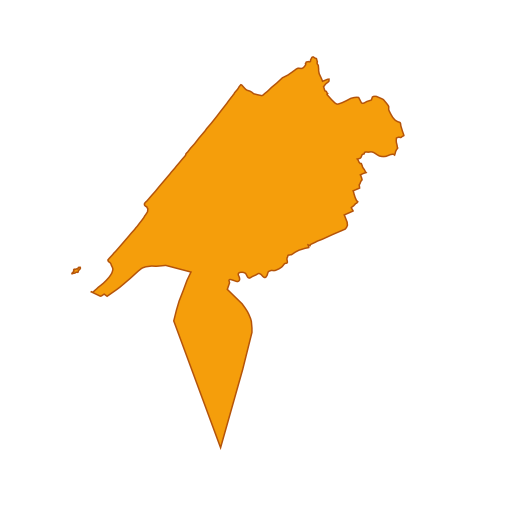 outline of Mueang Songkhla, Songkhla, Thailand, rotated 251°
{"feature_id": "78962969B11995131192654", "entity_name": "Mueang Songkhla", "entity_type": "district", "adm_level": 2, "iso_a3": "THA", "parent_name": "Thailand", "parent_adm1": "Songkhla", "projection": "mercator", "projection_center": [100.614, 7.127], "detail": "fine", "context": "isolated", "style": "filled", "palette": "amber", "viewbox_px": 512, "rotation_deg": 251, "n_neighbors": 0, "source": "geoboundaries", "source_scale": "gbopen_adm2", "svg_char_len": 6042}
<svg xmlns="http://www.w3.org/2000/svg" viewBox="0 0 512 512"><g transform="rotate(251 256 256)"><path d="M422.9,297.4L421.5,295.1L420.5,294.0L419.6,292.8L417.4,289.0L416.2,287.7L415.4,286.3L414.8,285.6L414.4,284.8L411.2,280.0L409.8,278.1L404.5,269.9L400.7,264.2L396.3,257.3L392.5,250.8L390.8,248.5L386.1,240.5L382.0,234.3L379.3,229.3L376.3,224.8L376.1,224.1L375.6,223.4L375.5,223.1L374.3,222.3L373.5,221.2L371.4,217.5L368.7,213.1L366.9,210.0L365.4,207.7L362.8,203.1L361.7,201.5L353.0,186.8L350.0,182.0L347.6,177.7L343.4,170.5L343.0,169.4L342.0,167.7L341.6,167.6L340.9,167.2L340.3,167.2L339.3,167.6L338.9,167.8L338.7,168.0L338.4,168.5L338.2,168.7L337.1,168.7L336.2,169.1L335.3,168.9L334.4,168.4L333.7,168.2L332.9,167.6L330.8,164.9L330.1,163.8L328.8,162.4L327.8,160.9L326.6,159.2L324.9,156.5L322.7,153.3L321.8,151.6L320.5,149.7L318.1,145.3L316.2,142.2L308.9,129.7L306.1,124.8L304.8,122.1L304.2,121.4L301.5,116.3L300.4,114.6L299.9,114.8L299.0,114.6L298.3,115.0L297.5,115.7L296.3,116.1L295.3,116.3L294.5,116.2L292.3,116.5L290.8,116.5L290.2,116.4L289.2,115.9L287.5,114.7L286.5,113.8L285.2,112.2L283.7,110.1L281.7,106.5L279.9,102.7L277.7,96.5L276.7,94.4L276.2,93.0L274.8,89.8L275.8,88.8L275.7,88.6L268.7,95.7L268.6,96.4L268.6,97.0L269.4,100.0L266.4,102.1L269.5,113.0L270.8,117.1L275.7,129.6L280.1,139.8L281.3,143.1L281.7,144.8L281.7,148.2L280.5,154.1L278.8,158.2L276.5,167.6L262.0,189.3L255.4,182.8L247.2,176.1L238.5,168.7L230.8,163.2L221.4,157.1L86.3,160.1L153.1,206.5L185.1,227.3L189.2,228.7L195.6,230.3L198.4,230.5L203.3,230.2L206.2,229.8L209.9,228.9L215.3,227.3L233.8,218.0L239.3,222.3L241.4,222.4L241.9,222.6L242.2,223.1L242.3,223.3L242.1,224.2L241.8,224.7L240.5,226.5L238.3,229.3L237.8,230.3L237.9,231.2L238.1,231.9L238.5,232.4L239.2,232.9L239.9,233.1L241.2,233.3L243.7,233.1L244.6,233.3L245.0,233.5L245.4,234.0L245.7,234.9L245.6,236.0L245.4,236.8L244.8,238.4L244.3,239.1L243.4,240.1L242.7,240.5L242.0,240.7L239.3,241.1L238.6,241.3L238.1,241.6L237.5,242.2L237.2,242.8L237.3,243.7L237.8,245.9L238.1,249.8L238.6,252.0L238.6,252.6L238.5,253.1L238.1,253.7L237.4,254.4L236.4,255.0L234.5,255.8L233.4,256.5L232.9,257.0L232.7,257.7L232.7,258.2L233.1,258.9L234.0,260.0L234.5,260.5L236.5,261.9L236.9,262.3L237.2,262.8L237.4,263.9L237.4,265.7L237.2,266.3L236.4,268.0L236.1,269.2L236.1,270.2L236.4,273.7L237.1,276.4L237.5,277.4L239.4,280.4L239.5,281.3L239.3,282.2L239.3,283.0L239.5,283.3L239.8,283.6L240.4,283.8L241.0,283.9L242.5,284.1L243.4,284.4L244.3,284.9L244.6,285.2L244.9,285.7L245.8,286.1L246.3,286.7L246.2,287.3L246.0,288.0L246.0,288.6L245.7,290.0L246.9,294.5L247.5,298.5L247.3,304.9L246.8,308.6L247.1,308.8L249.5,308.9L248.2,310.5L248.9,311.0L249.2,311.7L249.7,316.6L250.1,319.0L250.2,322.7L250.3,324.5L251.4,335.7L252.4,349.1L252.7,349.6L253.5,350.8L255.2,352.4L256.5,352.8L257.1,352.8L258.2,353.2L265.1,352.9L266.1,352.8L266.9,362.4L267.2,362.5L270.5,361.8L270.8,361.9L271.7,364.7L272.1,365.4L272.6,366.5L273.1,366.9L273.2,368.4L274.1,369.9L275.8,369.1L276.7,369.0L278.8,368.8L279.8,368.8L283.2,368.9L284.9,369.1L286.0,369.0L286.5,376.1L288.3,376.5L289.6,376.7L290.6,377.9L292.4,379.4L293.5,381.1L294.2,381.1L294.4,381.2L295.4,381.3L296.7,381.2L297.5,381.3L298.3,381.1L298.7,381.0L299.1,384.2L299.1,385.0L299.0,387.2L299.0,387.3L300.0,386.9L302.7,386.5L303.4,386.2L305.0,385.8L305.9,385.7L306.4,385.8L309.1,385.7L309.5,384.6L310.3,384.4L311.0,384.0L313.8,383.7L314.7,383.3L314.5,385.8L314.6,386.5L315.0,387.3L317.2,389.3L317.3,389.5L317.4,389.8L317.4,391.6L318.1,391.9L318.3,392.3L318.7,392.8L318.5,394.0L317.6,396.0L317.1,398.5L316.6,399.6L315.6,400.9L314.8,401.6L312.1,403.7L310.4,405.2L309.2,407.2L308.4,409.2L307.9,411.3L308.0,413.9L308.1,416.1L307.8,418.0L307.7,418.6L307.4,419.1L306.3,419.9L307.6,420.9L309.3,422.0L310.7,423.4L311.2,424.1L311.6,424.8L312.0,425.2L312.6,425.0L314.6,425.4L317.8,425.7L319.6,426.2L321.4,427.0L321.8,427.2L321.9,427.5L321.9,429.8L321.0,431.1L320.9,431.5L321.0,432.2L321.4,433.0L321.6,434.6L321.7,435.0L322.0,435.1L326.4,435.1L331.7,435.3L332.8,435.5L334.2,435.8L335.1,435.7L335.6,435.4L336.8,433.8L338.1,432.6L339.5,431.6L341.3,430.9L342.5,430.4L345.4,429.8L347.9,429.4L350.4,429.1L351.4,429.2L353.9,430.1L354.6,430.1L355.8,429.8L357.7,429.2L362.4,427.4L362.7,427.1L363.7,426.2L367.6,421.9L367.9,421.4L368.4,420.0L368.6,419.1L368.5,418.2L368.4,417.8L366.2,416.1L365.9,415.5L366.0,411.0L365.5,408.3L365.5,407.2L365.6,406.7L365.9,406.1L366.3,405.7L366.7,405.5L372.3,404.7L372.5,404.5L372.7,404.3L373.3,402.8L373.9,400.3L374.2,397.0L373.4,391.9L372.9,387.3L372.9,383.4L373.0,382.5L373.5,381.7L374.3,381.0L375.1,380.4L379.3,378.3L385.5,375.7L386.3,376.7L387.0,376.2L388.7,376.1L388.9,375.7L389.3,375.5L389.5,375.1L390.0,374.9L394.1,375.0L394.3,375.1L394.6,376.0L395.3,376.8L395.9,377.7L397.2,381.3L397.4,381.7L397.9,382.0L398.7,382.4L399.5,382.6L399.8,381.1L399.5,375.8L401.8,375.7L407.8,375.1L410.6,375.5L412.4,376.1L415.7,376.9L416.3,376.9L417.5,376.5L418.2,376.5L418.9,376.7L419.5,377.2L423.0,377.4L423.9,376.2L425.0,375.4L425.7,374.8L425.7,374.6L425.6,373.5L424.3,372.2L424.1,371.9L423.7,371.6L423.5,371.3L423.1,371.2L422.6,371.1L422.1,370.3L422.2,369.6L422.7,369.1L422.7,368.9L423.0,367.1L423.0,366.6L422.8,366.4L422.3,366.2L422.2,365.8L421.9,365.4L420.8,365.3L420.4,364.9L419.8,364.1L418.9,362.6L418.7,362.1L418.4,360.9L418.6,359.8L419.8,357.2L419.9,356.4L419.6,354.7L419.0,352.9L416.9,345.8L416.7,345.0L415.9,339.0L412.7,331.8L410.3,325.4L409.0,322.7L407.9,320.3L406.7,316.9L406.0,315.4L405.7,314.2L405.9,313.3L406.4,312.6L407.5,310.7L410.1,306.7L412.3,305.3L413.9,303.9L415.6,301.6L416.5,300.8L418.0,300.0L422.0,298.3L422.4,298.1L422.9,297.4ZM301.3,79.1L300.9,78.9L300.6,78.2L300.1,77.4L299.7,76.5L299.3,76.2L299.1,76.2L299.0,76.5L299.1,77.3L298.8,79.2L299.2,80.6L299.1,81.1L298.7,81.7L298.6,82.3L298.7,82.5L300.1,83.5L300.8,85.1L301.5,85.9L301.8,86.1L302.6,86.1L302.7,85.7L302.9,85.1L303.0,84.4L302.8,84.1L302.6,84.0L302.0,83.3L301.9,83.0L302.2,82.4L302.3,81.8L302.2,80.8L302.6,80.2L302.7,79.7L302.4,79.2L302.1,79.0L301.9,78.9L301.3,79.1Z" fill="#f59e0b" stroke="#b45309" stroke-width="1.5"/></g></svg>